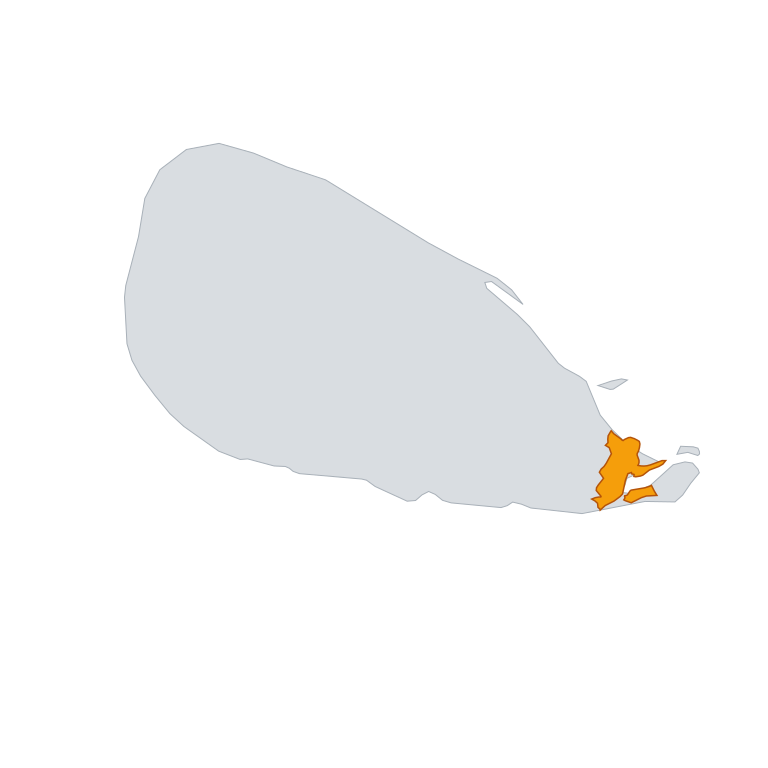 Kilinŏchchi highlighted on a map of Sri Lanka, rotated 126°
{"feature_id": "LKA-2460", "entity_name": "Kilinŏchchi", "entity_type": "District", "adm_level": 1, "iso_a3": "LKA", "parent_name": "Sri Lanka", "parent_adm1": "", "projection": "robinson", "projection_center": [80.291, 9.445], "detail": "fine", "context": "in_parent", "style": "filled", "palette": "amber", "viewbox_px": 768, "rotation_deg": 126, "n_neighbors": 0, "source": "natural_earth", "source_scale": "10m", "svg_char_len": 2463}
<svg xmlns="http://www.w3.org/2000/svg" viewBox="0 0 768 768"><g transform="rotate(126 384 384)"><path d="M270.5,76.7L284.0,77.5L298.3,77.1L308.4,79.3L325.6,103.8L372.5,147.7L398.0,192.3L400.4,202.1L403.9,210.5L410.0,212.8L415.2,216.7L440.7,259.8L443.7,268.3L443.2,277.7L444.7,284.7L451.4,288.1L459.7,290.0L465.2,296.4L472.1,330.8L472.1,341.6L474.0,346.2L506.2,399.7L508.1,406.2L507.8,411.1L508.7,415.3L514.9,424.7L524.7,450.2L529.6,456.0L535.5,478.3L536.0,520.9L533.8,539.9L527.8,562.9L520.7,585.5L513.0,601.8L502.5,615.6L466.4,644.9L456.1,650.8L409.1,669.2L374.4,686.6L342.4,691.3L310.4,681.7L286.3,658.9L273.9,625.3L265.5,590.2L253.2,551.3L243.8,431.1L239.3,397.4L232.0,354.6L232.8,336.1L237.9,318.3L237.9,357.3L242.6,362.1L246.2,357.1L249.4,316.7L252.1,299.6L264.8,255.1L265.1,247.2L262.9,230.4L263.0,222.0L282.1,190.8L286.9,172.6L289.5,154.0L288.5,133.9L285.1,114.1L300.4,120.4L308.9,127.3L317.5,132.0L324.5,129.6L332.9,129.5L326.9,118.7L309.0,108.8L279.4,102.6L270.1,94.7L266.6,87.9L268.4,79.9L270.5,76.7ZM255.5,197.9L259.5,210.0L247.9,201.7L240.3,194.9L237.7,189.4L253.4,195.5L255.5,197.9ZM268.7,105.7L260.0,107.4L253.0,96.8L251.4,92.3L253.2,89.2L255.1,87.6L257.4,88.1L260.7,98.0L268.7,105.7Z" fill="#d9dde1" stroke="#a8b0b8" stroke-width="1"/><path d="M288.3,172.7L289.2,168.8L289.2,159.6L289.5,158.2L289.2,157.3L287.6,156.9L283.7,154.7L282.2,153.1L281.3,150.1L281.1,149.6L280.5,145.8L280.4,143.7L282.1,141.7L285.2,140.0L288.6,138.7L291.4,138.3L292.7,137.5L295.8,132.9L296.1,132.7L296.7,132.2L297.7,131.5L299.0,131.0L300.6,130.7L299.2,127.9L298.4,126.7L297.6,125.5L295.6,123.2L292.8,120.9L282.5,114.0L280.4,111.1L284.9,111.3L289.2,113.2L297.6,118.7L305.6,121.0L307.8,122.5L311.1,125.8L311.9,127.5L310.2,128.5L310.6,129.6L311.1,130.7L310.2,131.8L313.1,134.0L320.0,132.1L332.7,126.4L336.1,126.8L343.5,129.1L352.3,133.6L359.0,135.0L358.3,135.8L358.0,138.4L355.0,141.1L354.6,144.7L355.0,148.3L351.8,146.3L349.1,143.7L348.0,142.2L347.3,142.4L345.4,149.7L343.0,151.1L339.5,151.3L333.1,151.0L331.2,151.0L328.8,157.9L325.1,158.3L321.4,157.5L317.5,157.6L306.8,159.0L303.1,164.4L303.5,168.8L299.8,168.3L297.1,170.5L294.2,172.2L289.4,172.7L288.3,172.7ZM313.7,97.7L320.4,105.9L324.7,109.0L334.8,114.2L336.6,120.3L336.8,121.9L335.1,122.0L334.0,122.5L333.9,122.7L333.6,123.3L333.0,123.6L331.2,122.1L330.4,121.9L325.9,122.1L324.6,121.7L314.6,111.9L310.4,108.8L308.8,108.1L311.8,102.3L313.7,97.7L313.7,97.7Z" fill="#f59e0b" stroke="#b45309" stroke-width="1.5"/></g></svg>